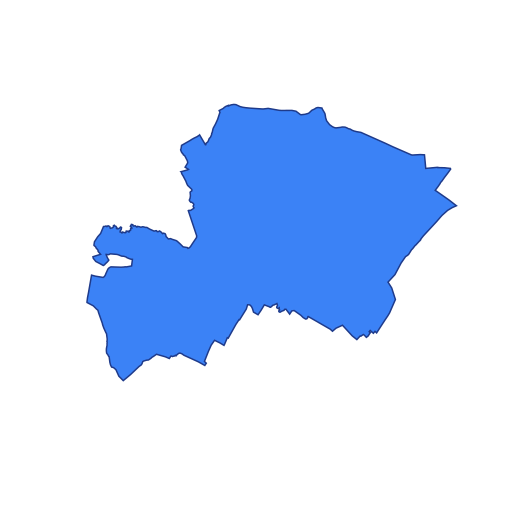 outline of Salard, Bihor, Romania, rotated 211°
{"feature_id": "2599482B49105030234410", "entity_name": "Salard", "entity_type": "district", "adm_level": 2, "iso_a3": "ROU", "parent_name": "Romania", "parent_adm1": "Bihor", "projection": "mercator", "projection_center": [22.046, 47.233], "detail": "fine", "context": "isolated", "style": "filled", "palette": "blue", "viewbox_px": 512, "rotation_deg": 211, "n_neighbors": 0, "source": "geoboundaries", "source_scale": "gbopen_adm2", "svg_char_len": 6144}
<svg xmlns="http://www.w3.org/2000/svg" viewBox="0 0 512 512"><g transform="rotate(211 256 256)"><path d="M357.3,370.8L358.8,368.9L359.7,367.1L360.1,365.6L362.5,361.7L360.8,360.5L360.7,359.6L359.3,353.5L359.0,351.0L358.7,348.3L358.5,343.6L358.2,342.4L357.4,340.0L357.1,339.3L357.2,338.4L356.8,337.6L356.6,337.3L356.5,336.6L356.2,334.3L356.6,332.6L356.2,330.4L356.1,328.9L356.8,327.1L356.4,325.5L356.7,325.3L366.6,330.7L366.6,330.4L366.8,330.4L367.4,329.3L367.5,328.9L367.8,328.2L369.9,325.0L371.2,322.7L371.5,322.3L371.5,321.9L376.8,312.5L375.6,309.6L375.3,308.2L373.4,306.7L372.6,306.5L372.0,306.0L370.8,305.8L370.3,305.3L369.2,305.3L368.5,305.1L363.8,302.2L362.5,300.7L362.5,295.6L358.5,295.5L358.9,294.7L363.7,289.6L363.0,289.5L362.6,288.8L361.4,287.9L359.9,287.2L354.8,284.1L352.5,282.3L350.9,281.3L345.3,280.0L344.9,279.4L344.6,278.8L345.3,277.2L345.3,276.7L343.2,273.8L342.2,271.4L342.1,270.3L342.0,269.7L341.6,269.2L340.4,268.7L339.5,268.5L339.1,268.9L338.1,268.9L336.7,268.7L335.9,268.2L335.7,267.8L335.6,267.4L335.7,266.8L335.4,266.1L334.4,265.5L334.1,265.5L334.0,265.3L333.9,264.8L335.3,261.9L335.8,261.2L337.0,260.6L337.4,260.0L317.2,242.7L316.5,241.2L316.9,233.6L317.0,230.3L317.4,228.7L318.3,227.5L319.1,227.9L323.2,226.3L327.2,227.3L331.3,228.1L332.4,228.1L336.6,227.1L338.2,226.9L339.7,225.6L340.0,225.5L342.0,226.1L343.0,226.3L344.1,227.5L345.1,228.2L345.6,228.3L347.1,227.9L347.5,227.1L347.9,227.1L349.2,227.6L351.3,227.8L351.6,227.8L352.3,226.6L352.7,226.2L353.4,226.0L354.1,226.4L354.4,226.4L354.8,226.2L355.9,225.1L356.5,224.8L361.0,224.3L363.7,224.3L364.2,224.3L365.7,223.5L367.3,223.1L368.5,222.5L369.4,221.4L371.2,221.0L372.9,220.3L372.9,219.6L373.2,219.4L375.2,219.7L376.0,218.9L376.6,218.6L377.1,218.7L377.3,219.0L377.7,219.4L379.1,218.9L379.0,218.0L379.1,217.4L378.9,216.6L377.8,216.6L376.8,216.0L377.6,215.2L377.6,214.9L376.8,213.8L376.8,213.3L377.7,212.5L377.2,211.9L377.1,211.6L377.1,211.4L377.3,211.1L379.3,211.0L380.1,210.5L380.0,210.0L379.7,209.5L379.7,209.0L380.1,208.6L381.4,208.1L382.6,207.9L382.5,207.3L382.6,207.0L382.8,206.7L383.0,206.7L383.8,207.0L384.9,206.6L385.3,207.4L385.2,209.4L385.9,211.1L386.7,211.2L387.1,211.0L387.3,209.5L387.9,208.8L388.3,208.1L388.9,208.1L389.6,207.7L389.9,207.8L390.0,208.0L389.8,208.6L391.4,209.3L392.3,209.0L393.3,209.4L393.8,208.6L393.2,207.2L393.6,206.2L395.0,204.7L395.4,204.8L396.3,205.8L397.1,205.9L398.4,205.7L398.9,204.4L399.2,204.3L400.0,204.5L401.5,202.8L401.9,202.7L400.8,195.3L401.6,190.9L401.8,185.0L400.5,181.8L400.2,181.6L398.3,181.3L396.6,180.2L395.6,180.1L394.5,179.6L394.1,179.3L393.9,178.8L393.4,178.5L390.1,177.4L395.4,171.4L394.3,170.2L390.5,168.8L385.7,169.1L382.0,169.2L381.3,170.5L381.2,171.4L380.4,174.3L380.0,176.5L380.2,176.8L381.7,177.5L383.2,178.5L385.2,180.0L385.3,180.2L383.4,181.0L382.8,181.5L382.0,182.8L376.1,185.7L374.8,186.1L371.1,186.7L369.1,187.7L367.1,188.2L365.7,188.1L363.0,188.5L361.4,188.9L360.2,189.5L357.5,183.4L361.5,179.9L362.5,179.4L363.6,178.5L365.9,176.9L374.7,172.0L375.2,171.4L376.0,169.8L376.2,168.6L375.6,163.4L375.3,161.7L375.5,160.0L376.0,158.9L383.3,156.0L387.1,154.9L380.7,138.3L379.0,133.6L377.2,129.5L376.9,129.1L369.8,129.5L367.4,128.9L365.6,128.4L363.6,128.1L361.7,126.3L353.0,119.1L352.1,118.1L349.4,115.9L345.2,113.0L344.1,112.4L340.8,108.2L340.0,106.7L339.8,106.0L339.2,105.5L338.6,104.2L337.7,102.8L337.0,100.8L336.4,99.3L335.4,97.6L334.0,95.8L332.1,95.0L330.6,94.1L330.0,94.0L326.5,89.6L324.7,87.8L322.6,86.4L320.9,86.9L320.1,86.9L317.5,86.4L311.6,82.3L305.6,80.8L302.5,89.7L299.3,101.2L298.3,103.4L298.2,104.8L298.7,107.1L298.2,108.1L296.1,110.4L294.6,111.5L293.4,114.1L293.0,115.6L292.1,117.3L290.7,120.5L281.8,122.9L277.5,123.5L277.4,126.4L276.8,126.7L275.8,126.8L274.9,127.9L274.4,128.2L274.1,129.2L273.4,129.8L273.1,129.5L273.0,130.2L272.2,132.6L271.7,133.2L270.9,133.7L269.8,133.9L268.8,134.0L266.7,133.8L250.9,135.6L243.5,135.8L243.4,138.5L245.9,139.1L247.7,149.9L248.5,156.5L248.1,162.4L242.4,162.9L237.4,162.9L237.5,164.4L238.5,171.2L237.5,171.3L238.0,187.0L237.8,192.1L237.8,192.7L237.2,192.8L237.0,205.5L238.1,209.9L236.2,210.9L234.0,210.4L232.1,209.2L229.2,206.6L224.0,206.7L223.7,211.9L223.7,218.4L218.7,219.3L217.7,219.3L217.2,219.5L216.7,220.5L216.2,222.5L215.1,223.6L214.7,224.5L213.9,225.3L213.6,226.0L212.5,225.1L212.1,224.5L212.0,223.1L211.7,222.5L211.2,222.3L210.0,222.4L209.6,223.0L209.4,223.5L208.7,222.2L207.9,221.9L208.2,220.6L207.8,220.2L207.3,220.0L206.7,220.1L206.2,220.5L205.6,221.8L204.0,223.8L204.0,225.0L202.9,225.8L197.2,223.5L197.0,227.4L195.2,228.9L187.1,228.3L183.8,227.5L181.0,227.5L180.1,228.3L179.9,229.5L180.3,230.8L180.2,231.0L154.7,231.5L151.7,230.9L150.2,235.4L146.2,241.2L132.4,237.1L126.5,236.3L125.5,241.1L124.8,241.3L123.6,244.0L122.3,243.9L119.5,243.1L118.7,245.1L118.6,248.1L118.5,249.1L119.2,249.1L120.0,249.4L119.8,250.1L119.9,250.5L119.8,251.0L115.6,250.2L115.2,252.7L113.0,252.2L112.5,267.0L112.2,272.5L112.2,276.0L114.1,290.5L123.2,298.5L129.4,301.6L127.3,311.6L128.0,324.6L127.5,332.5L126.4,334.7L126.0,336.1L125.9,341.4L125.5,342.9L125.0,347.0L124.7,347.6L123.6,353.0L123.4,353.4L123.2,354.7L123.4,354.8L123.4,355.7L122.9,359.5L118.9,378.6L117.8,385.0L117.4,386.9L115.7,392.4L115.2,393.9L112.7,398.6L110.1,402.3L119.3,403.4L136.2,404.6L135.7,409.6L135.5,412.9L135.6,413.6L135.6,414.4L135.3,415.4L134.9,420.6L134.3,425.8L133.9,430.7L134.5,431.2L139.9,428.7L145.7,425.4L145.8,425.6L146.5,425.2L155.6,418.5L163.7,429.5L167.5,427.5L173.9,423.1L174.9,422.7L194.9,420.1L203.5,419.2L229.7,416.0L233.8,414.4L236.5,413.6L238.4,413.3L240.6,413.3L242.5,412.7L243.7,412.7L245.7,412.4L246.5,412.1L248.5,411.0L249.8,409.8L253.4,407.0L254.7,406.5L255.9,406.3L257.4,406.2L260.6,406.5L265.0,408.2L265.8,408.8L266.3,409.4L267.1,409.9L269.1,412.3L270.2,413.5L271.3,414.2L275.0,416.2L275.7,416.8L279.4,415.2L280.7,413.9L281.6,412.0L283.2,409.7L284.2,406.0L284.7,405.1L287.0,402.7L290.1,400.3L290.9,400.1L296.3,400.7L300.2,399.3L309.2,393.8L311.2,392.8L321.6,388.8L325.6,385.7L326.5,385.2L337.0,379.8L341.0,377.9L343.9,376.7L346.5,375.9L351.2,375.4L353.1,374.5L355.2,372.7L356.9,370.4L357.1,370.3L357.3,370.8Z" fill="#3b82f6" stroke="#1e3a8a" stroke-width="1.5"/></g></svg>